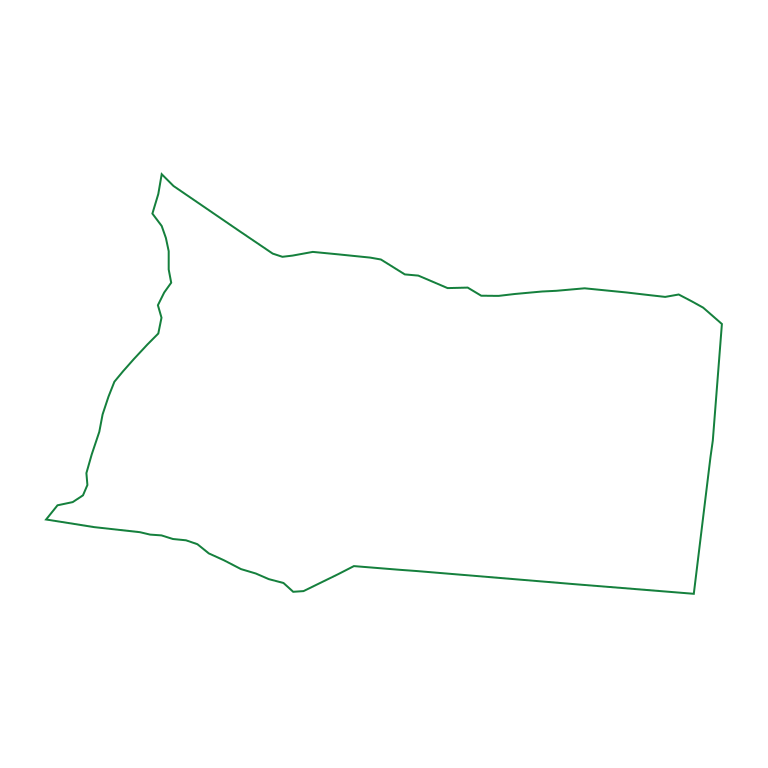 outline of Horizonte, Ceará, Brazil
{"feature_id": "56859067B1428570185316", "entity_name": "Horizonte", "entity_type": "district", "adm_level": 2, "iso_a3": "BRA", "parent_name": "Brazil", "parent_adm1": "Ceará", "projection": "natural_earth1", "projection_center": [-38.493, -4.093], "detail": "fine", "context": "isolated", "style": "outline", "palette": "green", "viewbox_px": 768, "rotation_deg": 0, "n_neighbors": 0, "source": "geoboundaries", "source_scale": "gbopen_adm2", "svg_char_len": 1054}
<svg xmlns="http://www.w3.org/2000/svg" viewBox="0 0 768 768"><path d="M161.7,174.2L158.3,194.0L152.4,213.6L161.7,226.0L165.9,238.0L168.7,251.2L168.7,269.5L171.2,282.7L164.2,292.5L157.9,305.2L161.5,317.7L158.3,333.5L147.4,344.5L133.9,359.0L123.1,371.2L114.4,381.7L108.5,396.6L102.6,414.4L99.3,431.8L91.7,454.5L86.4,473.1L87.4,485.0L83.0,495.3L72.7,502.1L57.5,505.3L46.1,519.5L94.0,527.1L140.0,532.2L150.1,534.6L161.5,535.4L172.9,539.0L186.0,540.3L197.4,544.2L208.8,553.4L224.0,560.3L241.0,569.1L255.8,573.5L268.7,579.1L283.5,583.0L293.2,591.8L303.5,591.1L338.1,574.2L353.9,566.1L399.7,569.8L416.2,571.0L574.8,584.2L693.8,593.8L710.5,456.9L712.8,440.6L721.9,324.0L703.1,307.6L691.7,301.3L678.7,294.5L665.2,296.9L650.0,295.2L626.8,292.5L584.6,288.3L556.3,290.8L542.1,291.5L528.9,292.7L514.7,294.0L498.5,295.9L481.2,295.7L467.7,287.6L447.6,288.1L418.3,275.6L404.8,274.4L380.9,259.5L370.2,257.6L355.4,256.1L338.7,254.4L312.8,251.9L292.5,255.6L282.4,256.8L272.7,253.6L239.6,231.2L173.5,186.0L161.7,174.2Z" fill="none" stroke="#15803d" stroke-width="2"/></svg>